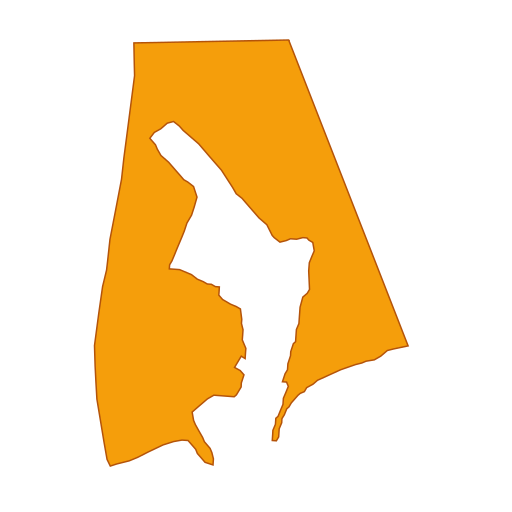 Police Department Port of Damietta, Dumyat, Egypt (Mercator projection), rotated 183°
{"feature_id": "37247803B59643082406240", "entity_name": "Police Department Port of Damietta", "entity_type": "district", "adm_level": 2, "iso_a3": "EGY", "parent_name": "Egypt", "parent_adm1": "Dumyat", "projection": "mercator", "projection_center": [31.766, 31.466], "detail": "fine", "context": "isolated", "style": "filled", "palette": "amber", "viewbox_px": 512, "rotation_deg": 183, "n_neighbors": 0, "source": "geoboundaries", "source_scale": "gbopen_adm2", "svg_char_len": 2530}
<svg xmlns="http://www.w3.org/2000/svg" viewBox="0 0 512 512"><g transform="rotate(183 256 256)"><path d="M390.5,38.6L384.3,41.0L371.9,44.8L363.7,48.7L353.3,54.7L338.9,62.5L328.5,66.4L320.3,68.3L314.2,68.2L308.1,61.9L306.1,59.8L304.2,55.7L300.1,51.5L296.1,47.3L288.0,45.1L287.9,51.2L289.8,57.4L291.8,61.5L295.8,65.7L297.8,67.8L299.8,72.0L303.8,78.2L307.7,84.4L309.7,88.5L311.6,96.8L307.5,100.8L305.4,102.8L303.3,104.8L299.1,108.8L297.0,110.8L290.8,114.8L286.7,114.7L278.5,114.5L274.4,114.4L270.4,114.3L268.3,116.3L264.0,124.4L264.0,128.5L261.8,136.7L265.8,140.8L271.6,143.6L265.5,155.2L261.5,153.0L261.4,159.2L261.3,163.2L265.3,171.5L265.2,175.6L265.1,181.7L267.0,187.9L266.9,192.0L268.8,202.3L272.9,204.4L279.0,206.6L283.0,208.7L287.1,210.8L291.1,215.0L291.0,219.1L291.0,223.2L295.0,223.3L299.1,225.4L303.2,225.5L307.3,227.6L313.4,229.8L319.4,234.0L325.5,236.2L331.6,238.4L335.7,238.5L341.9,238.6L341.8,242.7L339.7,246.7L337.5,252.8L335.4,258.9L333.2,265.0L331.0,271.1L328.9,277.2L326.7,285.3L322.5,293.4L320.3,301.6L318.0,311.7L322.0,322.1L328.0,326.3L332.1,328.4L336.1,332.6L340.1,336.7L348.2,345.1L356.2,351.4L360.2,357.6L362.2,361.8L366.2,365.9L368.2,368.0L364.0,374.1L357.8,378.0L355.7,380.0L351.6,384.0L345.4,386.0L339.3,381.7L335.3,377.6L327.2,371.3L319.1,365.0L313.1,358.7L307.1,352.4L301.1,346.2L295.0,339.9L289.0,331.6L283.0,323.3L279.0,317.1L273.0,312.9L269.0,308.7L260.9,300.3L254.9,294.1L246.8,287.8L240.9,277.4L238.8,275.3L232.8,271.1L226.6,273.0L222.5,275.0L216.3,274.9L210.2,276.8L206.1,276.7L204.0,274.6L200.0,272.5L198.1,264.2L200.3,258.2L202.4,252.1L202.6,243.9L200.8,225.4L202.9,221.4L205.0,219.4L207.1,217.4L209.3,207.2L209.5,197.0L209.6,190.8L211.8,184.7L211.9,178.6L212.0,172.5L214.1,170.4L216.3,162.3L216.3,158.2L218.5,150.1L218.6,144.0L220.8,139.9L223.0,131.8L218.9,131.7L216.9,127.5L219.0,121.4L221.2,115.4L221.3,109.2L223.5,103.1L225.6,97.0L227.7,95.0L227.8,88.9L230.0,82.8L230.0,78.7L230.1,72.6L226.0,72.5L223.9,76.5L223.8,84.7L221.6,90.8L221.6,94.9L219.4,98.9L217.3,105.0L215.2,107.0L213.1,111.1L206.8,119.1L204.7,121.1L200.6,123.1L198.5,127.2L192.2,131.1L188.1,135.1L165.4,146.9L150.9,152.8L144.7,154.7L140.6,156.7L132.4,158.5L126.2,162.5L119.9,168.5L113.7,170.4L99.4,174.2L234.7,473.4L389.1,462.4L387.6,441.4L386.7,429.7L391.4,368.4L393.0,347.9L393.2,344.7L394.3,325.6L398.8,292.9L402.7,265.0L404.0,241.8L404.5,234.1L406.5,223.3L407.6,217.5L410.0,190.7L412.6,158.1L410.9,137.6L409.2,121.2L407.4,104.8L397.9,61.6L394.1,45.1L390.5,38.6Z" fill="#f59e0b" stroke="#b45309" stroke-width="1.5"/></g></svg>